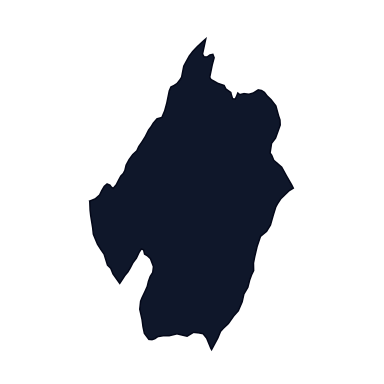 Arvidsjaur, Norrbotten, Sweden (Robinson projection), rotated 101°
{"feature_id": "70781695B53013800846692", "entity_name": "Arvidsjaur", "entity_type": "district", "adm_level": 2, "iso_a3": "SWE", "parent_name": "Sweden", "parent_adm1": "Norrbotten", "projection": "robinson", "projection_center": [19.19, 65.668], "detail": "fine", "context": "isolated", "style": "filled", "palette": "ink", "viewbox_px": 384, "rotation_deg": 101, "n_neighbors": 0, "source": "geoboundaries", "source_scale": "gbopen_adm2", "svg_char_len": 2080}
<svg xmlns="http://www.w3.org/2000/svg" viewBox="0 0 384 384"><g transform="rotate(101 192 192)"><path d="M39.1,207.7L41.4,209.5L48.1,214.4L53.9,218.1L57.4,219.8L58.7,220.5L66.1,222.9L70.0,224.1L74.9,224.1L81.3,224.1L83.9,225.1L88.4,227.4L91.0,230.1L92.9,232.7L97.1,233.6L109.4,233.7L117.5,234.3L124.6,235.8L126.8,240.3L131.7,243.1L135.5,244.5L139.4,246.4L146.5,248.4L152.0,250.5L157.5,252.9L162.1,254.0L166.6,257.3L172.1,259.9L178.2,261.8L183.7,262.0L187.0,263.0L189.9,264.9L194.4,266.3L199.3,267.7L203.5,270.1L202.5,272.2L200.9,273.9L200.3,276.9L203.2,279.2L208.0,280.9L212.6,282.1L217.1,285.6L219.1,288.6L220.4,290.7L220.5,290.6L229.1,288.6L234.3,287.0L246.3,282.6L251.9,280.9L252.4,280.7L261.3,274.8L265.8,270.5L269.8,266.4L279.9,261.0L282.4,257.2L287.5,253.9L295.5,245.5L290.4,243.4L286.7,241.9L282.7,239.7L278.2,238.1L272.7,236.5L267.6,234.0L261.3,232.4L257.6,230.9L258.0,228.5L262.0,226.7L263.1,223.6L265.3,220.1L272.6,215.6L278.5,215.2L282.9,216.9L288.1,217.7L293.2,217.9L298.4,219.1L305.4,220.9L309.0,221.6L317.1,220.9L321.2,219.1L326.7,216.7L333.6,214.4L339.8,211.8L344.9,206.2L344.6,203.3L344.5,202.9L343.1,200.5L340.5,198.0L338.6,192.9L337.4,186.9L334.1,179.7L334.5,169.3L332.6,167.2L329.5,163.8L329.0,158.7L329.0,154.1L332.7,149.7L341.8,143.7L343.0,142.7L330.4,138.8L323.4,137.4L319.9,135.3L314.2,131.2L305.5,127.3L299.8,123.9L290.2,121.8L282.3,121.6L274.9,119.0L267.5,118.6L261.8,117.7L257.4,116.5L250.0,118.1L243.5,118.1L233.0,117.7L222.5,116.3L216.4,111.3L209.5,108.7L199.0,107.8L190.7,106.9L187.2,105.8L181.6,103.5L172.4,97.1L168.9,93.3L165.9,95.6L158.2,102.3L150.5,108.7L145.3,117.8L140.7,120.8L138.8,122.8L129.0,123.2L123.2,120.3L115.5,119.1L109.4,118.2L104.5,119.4L100.8,121.5L91.5,126.1L86.3,132.0L83.2,136.8L80.4,139.9L79.1,143.1L79.1,146.5L83.1,150.7L85.2,154.8L85.5,159.7L87.3,163.7L86.1,165.9L89.4,166.5L92.5,167.3L92.8,169.9L88.5,172.2L86.9,172.9L84.4,178.4L81.3,180.8L80.4,187.4L77.9,194.9L76.0,196.5L63.4,196.4L56.0,195.9L52.9,197.8L54.1,200.6L56.5,202.8L57.1,205.9L54.6,208.0L39.1,207.7Z" fill="#0f172a" stroke="#020617" stroke-width="1.5"/></g></svg>